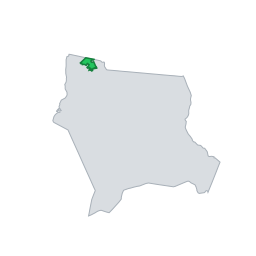 Mwatate, Coast, Kenya shown in context, rotated 156°
{"feature_id": "3690345B41305477432813", "entity_name": "Mwatate", "entity_type": "district", "adm_level": 2, "iso_a3": "KEN", "parent_name": "Kenya", "parent_adm1": "Coast", "projection": "orthographic", "projection_center": [38.365, -3.735], "detail": "medium", "context": "in_parent", "style": "filled", "palette": "green", "viewbox_px": 256, "rotation_deg": 156, "n_neighbors": 0, "source": "geoboundaries", "source_scale": "gbopen_adm2", "svg_char_len": 4055}
<svg xmlns="http://www.w3.org/2000/svg" viewBox="0 0 256 256"><g transform="rotate(156 128 128)"><path d="M56.3,153.1L56.2,150.0L56.7,142.2L56.6,135.3L57.0,131.9L58.7,129.7L59.5,128.2L60.0,125.9L60.9,124.1L62.9,122.7L63.3,121.9L65.4,119.4L66.7,116.3L67.6,115.2L68.8,114.2L69.7,113.7L71.1,113.2L72.2,112.9L72.4,112.6L72.5,112.1L72.1,110.2L72.6,109.5L73.3,108.2L74.2,107.0L74.9,106.2L75.4,105.4L75.6,104.1L75.6,103.1L75.6,101.5L75.4,97.9L74.5,94.9L73.9,91.6L74.3,90.5L73.6,88.5L73.3,88.4L72.7,88.0L72.0,86.1L71.4,84.4L71.1,84.0L68.7,82.5L67.5,79.0L66.2,78.3L65.4,74.8L65.3,73.8L66.1,70.3L66.0,69.5L65.2,68.8L63.0,68.1L61.1,66.7L61.4,66.2L61.5,65.7L60.6,65.3L57.8,59.4L61.4,55.9L65.1,52.2L69.7,47.7L74.0,43.5L77.8,39.9L81.1,36.7L81.0,37.3L81.0,38.1L81.4,38.6L82.1,38.9L83.0,38.6L83.8,38.1L84.6,37.9L89.6,39.3L90.4,40.4L90.4,41.7L90.6,42.6L90.2,43.5L89.8,46.3L89.9,48.8L91.4,50.7L92.7,52.2L93.7,54.2L94.5,54.9L95.6,55.2L99.0,55.3L104.0,55.4L108.9,55.5L109.3,55.6L110.4,55.8L114.8,58.6L118.9,61.2L122.4,63.4L125.8,65.6L129.0,67.7L131.6,69.4L134.1,70.0L138.1,70.2L140.9,70.3L143.5,71.0L147.4,71.7L150.3,72.1L152.0,72.5L156.9,72.9L157.7,72.6L159.8,70.7L162.2,67.6L163.1,65.8L166.2,64.1L171.6,61.7L175.4,60.0L179.7,58.3L181.6,59.8L184.3,62.2L185.5,63.4L186.4,63.9L187.9,64.2L189.6,64.3L190.6,64.2L192.6,63.9L197.2,63.6L199.8,63.7L197.6,66.8L195.0,70.6L190.1,77.5L186.4,81.2L183.6,83.9L183.3,84.4L183.4,87.5L183.4,95.0L183.5,110.2L183.5,125.3L183.6,140.4L183.6,148.0L183.6,150.6L186.1,153.8L188.5,156.9L191.7,161.0L193.4,163.2L193.7,164.0L193.6,165.4L191.0,168.5L188.8,169.9L185.9,170.6L185.1,170.5L183.9,170.0L183.5,170.8L183.1,171.9L182.5,171.7L182.0,171.3L182.3,173.4L182.6,174.4L182.2,175.8L180.8,177.0L180.6,178.0L177.6,180.6L173.3,180.9L171.0,182.2L170.0,183.3L169.2,185.6L169.5,189.2L168.3,192.0L168.1,193.4L165.8,195.2L164.8,196.8L164.1,198.5L163.5,199.3L162.7,203.0L161.7,205.3L161.4,206.1L161.1,206.8L160.3,208.1L159.8,209.0L159.4,209.6L156.8,215.5L154.7,218.1L153.1,217.8L152.1,218.9L152.0,219.3L151.4,219.1L150.0,218.1L147.3,216.1L144.5,214.1L141.8,212.1L139.0,210.1L136.3,208.1L133.5,206.1L130.7,204.2L128.0,202.2L126.4,201.0L125.6,200.3L125.1,198.9L124.8,198.6L124.1,198.2L123.2,198.1L123.0,197.8L123.0,197.1L123.3,196.2L124.3,194.4L124.4,193.3L124.2,192.1L123.9,190.1L123.6,189.7L121.8,188.6L117.9,186.5L114.1,184.4L110.3,182.2L106.4,180.1L102.6,178.0L98.7,175.8L94.9,173.7L91.1,171.6L87.2,169.4L83.4,167.3L79.6,165.2L75.7,163.0L71.9,160.9L68.1,158.8L64.2,156.7L60.4,154.5L58.9,153.7L57.6,153.1L56.3,153.1ZM183.9,173.8L183.2,173.9L183.6,172.9L185.5,171.6L186.3,171.9L186.5,172.2L186.5,172.4L186.1,172.7L183.9,173.8Z" fill="#d9dde1" stroke="#a8b0b8" stroke-width="1"/><path d="M145.1,206.8L144.9,206.0L143.9,205.9L144.0,204.6L143.7,204.5L143.6,204.3L142.6,204.2L141.5,203.4L141.3,203.2L141.2,202.8L140.7,202.2L139.0,203.5L138.7,203.4L138.7,203.0L138.5,202.8L138.4,202.7L138.5,202.5L138.4,202.3L138.2,202.2L137.8,201.7L139.3,200.6L139.6,200.5L140.8,199.8L140.3,198.9L138.6,198.9L138.0,197.5L138.3,197.4L138.4,197.2L138.5,197.0L138.7,196.9L138.7,197.0L138.8,197.0L138.8,196.9L138.9,197.0L138.9,196.9L139.0,197.0L139.1,196.9L139.4,197.0L139.5,196.9L139.8,196.8L139.9,196.7L139.7,196.7L139.7,196.8L139.2,196.6L139.1,196.2L138.7,196.1L138.5,195.9L138.4,195.8L138.4,195.7L138.0,195.5L138.0,195.4L137.9,195.4L137.9,195.2L137.9,194.9L137.7,194.9L137.2,194.9L137.2,195.2L137.2,195.3L137.3,195.5L137.5,195.7L137.5,195.8L137.5,196.3L137.4,196.2L137.2,196.2L137.1,196.3L136.9,196.4L136.5,196.4L136.4,196.4L136.2,196.4L136.1,196.2L136.0,196.4L135.8,196.4L135.7,196.5L135.5,196.4L135.2,196.3L134.9,196.3L134.8,196.5L134.2,196.6L133.8,196.5L133.9,196.1L134.0,195.8L132.7,195.6L132.5,195.4L132.4,195.4L132.4,195.6L132.1,195.6L132.1,196.7L132.4,196.7L132.4,202.4L134.3,202.7L134.6,203.1L134.7,203.3L134.7,203.7L134.7,204.0L134.7,204.3L134.4,204.4L134.0,204.5L133.4,204.6L133.0,204.7L132.8,204.6L132.6,204.5L132.4,204.4L132.1,204.2L131.9,204.4L131.5,204.5L131.2,204.4L131.1,204.5L138.0,209.3L145.1,206.8Z" fill="#22c55e" stroke="#15803d" stroke-width="1.5"/></g></svg>